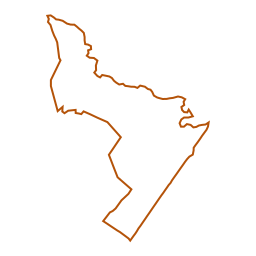 outline of Torres, Rio Grande do Sul, Brazil
{"feature_id": "56859067B2834526967114", "entity_name": "Torres", "entity_type": "district", "adm_level": 2, "iso_a3": "BRA", "parent_name": "Brazil", "parent_adm1": "Rio Grande do Sul", "projection": "albers", "projection_center": [-49.804, -29.33], "detail": "fine", "context": "isolated", "style": "outline", "palette": "amber", "viewbox_px": 256, "rotation_deg": 0, "n_neighbors": 0, "source": "geoboundaries", "source_scale": "gbopen_adm2", "svg_char_len": 1937}
<svg xmlns="http://www.w3.org/2000/svg" viewBox="0 0 256 256"><path d="M140.2,85.6L137.4,87.9L134.6,86.8L131.0,86.7L128.0,86.2L125.3,85.9L123.0,83.8L119.2,84.5L116.2,82.6L114.0,80.8L111.9,78.0L109.4,76.5L106.6,75.9L102.2,75.0L100.1,77.4L97.4,76.0L94.3,72.6L96.1,70.2L95.9,65.5L97.4,60.6L93.9,58.0L89.6,57.7L86.8,55.7L88.5,53.2L88.1,50.3L91.1,49.2L90.9,46.1L88.1,44.6L85.2,44.1L84.6,40.4L84.6,37.0L83.8,32.9L81.5,30.6L79.0,28.6L76.8,26.6L74.4,24.7L70.7,24.6L67.0,23.6L62.7,20.8L58.8,19.7L56.1,19.4L53.9,17.5L50.7,15.4L47.4,15.8L48.8,18.9L48.0,22.0L50.5,25.0L52.3,30.9L54.1,35.5L55.8,38.9L57.2,42.4L59.2,58.0L60.5,60.3L50.9,80.0L50.9,86.1L57.7,111.1L62.6,106.9L62.3,111.5L64.5,113.2L68.2,110.7L75.6,109.9L75.7,113.0L78.7,113.5L81.3,114.1L83.6,111.4L90.0,114.2L97.4,117.7L107.4,122.1L120.8,137.2L108.9,154.8L114.2,168.6L115.3,171.4L117.6,177.3L131.4,189.3L128.4,193.9L121.5,200.3L115.6,208.5L112.7,211.0L109.9,212.4L103.2,221.1L117.3,230.5L120.0,232.1L125.8,236.4L128.6,238.5L130.2,240.6L133.7,235.7L135.3,233.6L137.0,231.0L138.5,228.4L140.4,225.9L143.2,221.8L145.0,219.2L147.3,215.8L149.2,213.1L151.1,210.3L153.7,206.5L156.2,202.9L158.8,199.1L161.3,195.5L163.1,193.1L165.3,189.9L167.0,187.5L168.7,185.0L170.5,183.0L172.1,180.2L174.5,176.8L176.8,173.6L179.1,170.3L181.0,167.6L183.0,164.8L185.0,161.9L187.2,159.0L189.4,156.6L192.8,154.6L193.6,150.5L193.7,147.7L195.3,145.4L197.7,142.2L200.3,138.5L202.0,135.9L204.5,132.5L206.5,129.8L208.0,126.5L208.6,122.5L205.6,124.5L202.0,124.9L198.9,125.5L196.4,126.9L193.4,127.4L190.6,124.9L186.9,124.1L183.9,126.7L181.0,126.7L179.6,123.2L181.3,119.5L184.1,117.5L188.5,117.5L192.8,116.3L190.7,112.7L188.7,109.6L187.3,112.4L184.1,112.1L182.1,110.0L181.4,107.0L184.2,105.0L183.6,101.8L185.2,99.2L181.7,97.3L178.0,96.5L173.0,97.9L169.6,98.3L166.7,98.9L162.7,99.0L159.6,98.2L157.2,97.5L153.9,95.6L152.2,91.9L150.5,89.7L147.9,89.0L144.9,86.7L140.2,85.6Z" fill="none" stroke="#b45309" stroke-width="2"/></svg>